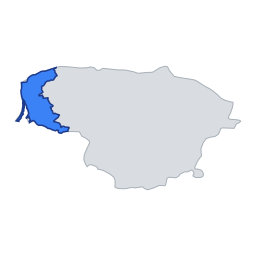 Klaipedos on a map of Lithuania (Robinson projection)
{"feature_id": "LTU-935", "entity_name": "Klaipedos", "entity_type": "County", "adm_level": 1, "iso_a3": "LTU", "parent_name": "Lithuania", "parent_adm1": "", "projection": "robinson", "projection_center": [21.636, 55.706], "detail": "fine", "context": "in_parent", "style": "filled", "palette": "blue", "viewbox_px": 256, "rotation_deg": 0, "n_neighbors": 0, "source": "natural_earth", "source_scale": "10m", "svg_char_len": 5178}
<svg xmlns="http://www.w3.org/2000/svg" viewBox="0 0 256 256"><path d="M87.2,166.7L85.6,164.3L83.9,159.9L84.0,156.4L85.0,152.9L89.6,142.7L89.3,141.0L85.9,138.2L81.7,136.1L79.4,131.8L70.9,131.5L62.9,131.8L60.3,131.5L52.7,129.7L45.4,126.9L40.5,125.2L36.3,123.3L34.1,121.3L30.6,121.8L28.2,121.8L28.3,121.5L26.9,118.0L28.3,112.6L25.8,104.7L21.7,95.2L21.4,85.0L21.1,82.7L31.4,77.0L44.2,70.9L47.2,70.3L59.0,66.7L60.6,66.4L71.3,67.1L79.7,68.0L86.8,67.8L90.6,66.9L94.2,67.7L97.0,70.4L99.9,70.1L102.8,68.3L118.7,70.0L122.2,69.9L126.3,70.2L133.7,71.8L138.0,73.3L147.4,72.4L151.4,72.4L153.5,71.8L159.9,67.7L162.7,66.9L165.2,66.2L167.6,66.8L169.2,70.4L174.2,76.4L179.4,77.5L193.9,79.8L196.9,81.1L205.1,86.4L210.1,89.0L213.2,91.1L218.1,95.3L220.9,98.2L225.6,100.5L231.1,102.0L233.0,102.3L233.0,104.4L232.2,108.1L230.5,112.9L228.7,116.6L228.3,118.0L229.8,119.2L237.0,119.8L240.0,120.4L240.6,121.4L239.1,122.7L236.9,123.7L235.9,124.7L234.2,128.3L222.3,127.9L220.7,128.6L220.0,130.3L219.5,132.2L218.0,134.5L214.9,136.5L210.0,137.3L206.0,138.7L203.1,142.9L201.0,148.7L201.1,152.8L201.5,155.0L201.3,156.3L199.8,157.8L197.4,161.5L195.4,165.7L194.7,167.9L195.1,169.0L197.4,169.0L200.7,169.9L202.5,171.5L203.2,173.4L203.3,175.5L202.7,176.6L200.1,177.5L195.9,177.5L193.5,176.5L192.9,175.7L194.1,173.7L193.2,171.3L191.4,169.9L188.0,171.9L184.6,171.9L180.6,173.8L178.0,176.7L175.5,177.8L168.7,177.2L167.0,178.5L165.7,184.6L164.9,185.7L159.2,185.5L153.7,187.9L147.6,189.8L144.4,188.5L142.6,186.9L139.2,187.2L135.5,187.9L133.0,187.5L130.3,187.7L124.9,188.8L118.1,188.5L115.2,187.5L114.9,186.5L115.1,184.2L115.0,180.5L113.9,177.3L110.6,174.5L107.2,172.5L102.9,170.4L99.7,169.5L97.9,169.3L97.5,168.1L96.9,167.1L95.4,166.2L92.2,165.0L89.4,164.7L87.2,166.7ZM17.6,121.1L15.4,120.7L19.8,115.1L21.4,111.5L22.6,106.4L23.7,104.7L23.7,107.1L23.2,111.0L20.4,117.6L17.6,121.1Z" fill="#d9dde1" stroke="#a8b0b8" stroke-width="1"/><path d="M21.4,82.6L22.8,82.4L25.1,82.3L26.6,82.0L27.2,81.1L27.5,79.8L28.1,78.2L29.1,77.2L30.4,76.1L31.9,75.3L33.0,74.8L34.8,74.8L35.3,74.6L37.9,73.3L40.7,71.7L42.1,71.2L45.4,71.1L47.4,70.4L56.1,67.5L56.0,68.0L55.5,68.3L54.1,68.8L53.8,69.1L53.7,69.4L53.8,69.7L54.0,70.0L54.3,70.2L54.6,70.5L54.9,70.9L54.9,71.9L55.0,72.4L55.1,72.8L55.6,73.2L55.8,73.4L56.9,75.3L57.0,75.7L56.9,75.9L56.6,76.1L56.2,76.1L55.9,76.2L55.6,76.4L55.4,76.9L55.1,77.3L55.0,77.5L54.5,78.3L53.6,79.7L53.3,79.9L52.9,80.1L51.0,80.1L50.5,80.1L50.2,80.4L49.8,80.7L49.5,80.9L49.1,81.0L47.6,81.0L47.2,81.2L45.4,82.5L45.1,83.5L43.8,85.3L43.4,85.7L43.1,85.9L42.2,86.0L41.7,86.3L41.6,86.6L41.6,86.9L41.7,87.2L41.8,87.5L41.6,89.5L41.6,89.9L41.8,90.3L42.0,90.6L42.6,91.4L42.8,91.7L42.9,92.0L42.7,92.3L42.2,92.6L42.1,92.9L41.9,93.0L39.9,94.2L39.3,94.6L39.1,94.9L39.0,95.2L39.0,95.4L39.0,95.7L40.6,95.8L41.0,95.8L41.5,95.6L42.2,95.1L42.4,95.2L42.5,95.4L42.4,95.7L42.5,96.0L42.9,96.5L43.2,96.8L43.4,97.0L43.3,97.4L43.1,97.6L43.0,97.9L43.2,98.2L43.5,98.2L43.9,98.2L44.4,98.1L46.2,98.1L47.1,97.8L47.7,97.8L48.0,97.9L48.1,98.1L48.0,98.4L48.0,98.6L48.0,98.9L47.9,99.2L47.7,99.4L47.8,99.7L48.5,100.6L48.7,100.9L48.7,101.1L48.9,101.8L49.1,102.1L49.4,102.4L49.5,102.7L49.6,103.0L50.8,104.2L52.8,105.4L53.0,105.9L52.9,106.1L52.7,106.4L52.4,106.6L50.4,107.2L50.5,107.7L51.0,108.1L51.2,108.3L51.4,109.9L51.6,110.3L52.2,110.7L52.4,111.1L53.2,113.5L53.6,113.8L54.0,113.8L54.6,113.4L55.0,113.3L55.3,113.4L56.1,113.9L57.7,114.4L58.9,114.7L59.2,114.8L59.3,115.0L59.3,115.4L58.7,115.6L58.4,117.0L58.1,117.4L57.6,117.8L57.0,118.2L54.1,120.6L53.7,121.2L53.8,121.6L54.3,121.8L55.5,121.9L59.1,123.1L59.5,123.3L59.7,123.6L60.2,124.7L60.8,125.6L60.9,125.9L60.8,126.2L60.6,127.0L60.8,127.2L61.1,127.2L61.6,127.0L62.3,126.6L62.6,126.4L63.5,126.3L63.9,126.4L64.3,126.5L65.0,127.0L65.4,127.2L65.9,127.2L66.7,127.1L67.0,127.1L67.3,127.2L67.6,127.3L68.0,127.3L68.3,127.3L69.0,127.5L69.0,128.1L68.9,128.3L68.6,128.7L68.4,129.2L68.0,129.9L67.9,130.2L67.9,131.2L67.9,131.3L67.2,131.2L63.0,132.0L62.6,132.4L62.1,132.8L61.4,133.2L60.5,133.2L59.5,133.0L58.6,132.5L58.3,131.7L58.3,130.9L58.2,130.3L57.7,130.1L56.7,130.2L55.7,130.7L55.4,130.8L55.0,130.7L54.0,130.3L52.7,130.0L51.9,129.7L50.6,128.8L48.0,128.4L47.3,128.0L46.7,127.4L44.0,125.9L42.4,125.3L38.5,125.2L37.1,124.4L34.7,121.4L33.6,120.6L32.6,120.7L29.5,122.6L29.5,122.3L29.3,121.2L29.3,120.9L29.6,120.7L29.9,120.7L30.1,120.7L30.4,120.2L30.3,119.8L30.0,119.3L29.7,118.8L29.5,118.5L29.2,118.3L29.0,117.8L29.1,116.7L28.7,116.7L26.4,118.2L26.2,117.8L26.2,117.7L26.3,117.7L27.8,115.3L28.1,114.9L28.7,114.4L28.7,113.2L28.3,111.2L27.8,109.8L27.8,109.4L27.6,109.2L27.2,108.9L26.9,108.6L26.7,108.1L26.8,107.5L26.8,107.1L26.8,106.8L26.7,106.3L25.3,103.5L25.0,102.7L24.9,101.7L24.7,101.3L23.1,99.3L22.7,99.0L22.4,98.8L22.1,98.5L22.0,97.3L21.6,96.4L21.0,92.3L21.0,90.1L21.1,89.6L21.5,88.9L21.6,88.5L21.6,84.3L21.4,82.6ZM18.8,121.4L16.3,120.9L19.2,117.3L20.8,114.5L22.4,110.5L22.8,106.4L23.1,105.6L22.9,105.4L23.1,104.9L22.7,103.9L22.9,100.9L22.5,99.6L23.8,100.7L24.3,102.8L24.4,107.1L24.3,107.7L23.9,108.5L23.8,109.1L23.8,110.9L23.4,111.7L22.8,112.5L22.6,113.2L23.3,113.9L23.3,114.2L22.7,114.7L22.0,115.6L21.4,116.7L21.2,117.7L20.7,118.7L18.8,120.5L18.8,121.4Z" fill="#3b82f6" stroke="#1e3a8a" stroke-width="1.5"/></svg>